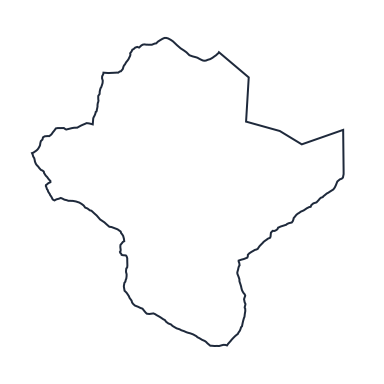 Samtse, Samchi, Bhutan, rotated 175°
{"feature_id": "84629894B59986753144737", "entity_name": "Samtse", "entity_type": "district", "adm_level": 2, "iso_a3": "BTN", "parent_name": "Bhutan", "parent_adm1": "Samchi", "projection": "mercator", "projection_center": [89.139, 26.92], "detail": "fine", "context": "isolated", "style": "outline", "palette": "slate", "viewbox_px": 384, "rotation_deg": 175, "n_neighbors": 0, "source": "geoboundaries", "source_scale": "gbopen_adm2", "svg_char_len": 5309}
<svg xmlns="http://www.w3.org/2000/svg" viewBox="0 0 384 384"><g transform="rotate(175 192 192)"><path d="M39.0,201.5L36.0,240.7L78.5,229.9L99.2,245.1L132.0,257.4L125.5,301.2L153.0,328.9L153.5,328.1L154.8,327.2L156.0,326.2L158.1,325.0L159.9,323.9L162.3,322.8L164.8,322.3L166.7,321.7L168.4,321.7L169.8,322.1L171.4,323.0L173.0,324.0L174.9,325.3L176.6,326.0L179.7,327.1L182.7,328.5L183.2,329.1L184.8,331.0L185.3,331.6L187.6,333.6L190.8,336.1L194.2,339.6L196.2,341.9L197.9,343.8L199.9,345.4L202.3,347.0L204.1,347.7L205.9,347.9L208.0,347.2L210.5,346.0L212.8,344.8L214.7,343.2L216.3,343.1L219.2,342.2L221.6,342.4L224.8,342.8L226.6,343.2L228.1,343.1L229.7,342.4L230.8,341.5L232.1,340.5L233.9,341.3L236.0,340.8L237.8,339.4L239.0,339.0L239.6,337.9L240.1,337.1L241.5,335.6L241.4,334.1L241.9,332.8L242.9,331.2L243.7,329.8L245.2,328.1L246.3,327.0L247.8,324.8L248.7,324.0L249.4,322.7L249.9,321.4L250.4,320.3L251.7,319.1L252.2,318.5L253.5,318.3L255.2,317.3L256.3,317.5L257.3,317.5L265.0,317.8L269.8,318.6L270.1,317.3L270.9,315.9L271.4,315.2L271.7,313.2L271.2,310.6L271.6,308.3L272.2,306.8L273.4,304.1L274.0,303.5L274.6,302.0L275.2,300.0L275.5,297.7L277.0,295.9L277.1,295.1L277.2,294.0L277.3,292.4L277.2,291.3L277.6,289.8L278.1,288.8L278.6,286.7L278.6,285.7L279.1,283.8L279.6,282.4L279.8,281.3L280.2,280.5L280.9,280.2L281.2,279.2L281.8,277.7L282.2,277.0L282.8,276.0L283.6,274.8L284.0,273.8L285.0,268.0L286.8,268.7L288.6,269.3L290.0,269.6L291.0,269.8L292.7,269.2L294.3,268.7L295.5,268.3L296.9,267.8L299.4,266.7L300.7,266.1L302.4,266.2L303.7,266.3L306.1,266.1L308.6,265.7L311.9,265.2L313.1,266.0L314.1,266.9L315.6,267.0L317.3,267.1L319.0,267.3L320.3,267.4L322.1,267.2L323.2,265.9L324.1,264.9L325.4,263.6L326.6,262.1L327.2,261.5L329.3,260.1L330.9,260.3L332.0,260.3L333.9,260.3L335.7,259.4L336.4,257.3L338.1,255.9L338.5,254.9L338.9,253.6L339.3,251.9L339.8,250.9L341.4,248.6L342.5,247.5L343.8,246.6L345.8,245.5L346.4,245.1L348.0,244.7L347.5,243.3L347.1,241.2L346.2,239.4L345.9,237.3L345.8,236.0L345.1,233.7L344.3,232.3L342.9,230.6L342.3,229.5L340.6,227.2L339.1,226.4L337.9,225.3L337.7,223.8L336.3,221.1L334.9,219.4L334.0,217.8L333.0,216.4L332.1,215.3L332.2,214.1L334.4,213.3L336.0,212.1L336.9,211.6L337.1,210.7L336.6,209.3L336.4,208.2L336.2,207.4L335.6,206.6L335.3,205.1L335.0,204.4L334.4,203.3L333.9,202.4L333.5,201.1L332.7,199.9L332.1,198.5L331.5,196.9L330.9,196.3L329.7,195.6L327.7,196.5L325.2,196.9L323.3,197.5L322.0,196.9L319.8,195.5L317.6,194.8L315.9,194.0L313.8,193.8L311.4,193.5L308.5,192.7L305.2,191.3L303.1,189.8L301.1,188.0L299.8,185.8L297.6,184.7L295.3,182.6L293.8,182.1L291.1,179.1L289.0,176.9L285.9,172.6L284.5,171.5L281.9,169.4L279.9,167.2L277.4,164.6L275.2,164.1L269.4,161.3L266.5,158.8L266.2,157.3L265.2,155.8L264.4,154.2L263.9,151.4L263.8,148.9L265.2,148.3L266.2,147.2L267.9,145.5L268.2,143.4L268.1,140.7L268.3,139.4L269.0,138.6L268.7,137.5L268.1,137.0L267.8,136.3L267.6,135.5L266.5,135.1L265.4,134.9L264.0,134.7L263.2,134.4L262.7,133.4L262.4,132.2L262.3,131.3L262.4,130.5L262.6,127.5L262.8,124.3L263.2,122.4L264.1,121.6L264.5,119.7L264.7,118.1L264.3,115.8L264.5,113.8L265.0,111.5L265.7,110.2L266.2,108.5L267.2,107.5L267.6,106.1L268.1,104.2L268.1,103.0L267.9,101.0L267.8,99.5L267.0,98.6L266.0,97.4L265.3,96.2L264.0,93.8L263.4,91.9L262.6,90.6L261.7,89.1L261.3,87.1L260.3,85.5L258.7,83.8L255.8,82.4L253.5,81.0L251.5,80.1L250.0,77.8L248.6,75.8L247.6,74.7L245.2,74.2L241.0,74.4L239.0,73.3L238.4,72.7L235.4,70.7L233.7,69.4L231.8,67.8L230.2,66.8L229.1,65.0L227.0,63.1L224.5,61.9L223.1,60.3L220.9,58.7L219.2,57.5L216.3,56.3L214.7,55.2L212.1,54.1L209.8,52.8L208.4,52.2L205.9,51.3L203.2,50.0L200.1,47.9L199.3,46.9L197.3,45.7L194.9,43.9L192.3,42.5L191.0,41.4L189.9,40.0L188.2,38.3L187.2,37.3L185.0,37.0L183.0,36.6L180.7,36.5L178.4,36.2L175.9,36.7L173.9,37.0L171.9,36.7L170.5,36.1L169.9,36.8L169.3,37.6L166.3,40.4L165.5,41.3L163.5,43.1L161.7,44.6L160.3,45.6L158.6,46.7L158.1,47.7L156.4,49.7L155.4,51.7L155.0,52.9L153.9,53.9L152.9,57.3L152.3,59.1L151.3,61.8L150.6,63.1L150.0,66.0L149.3,68.7L149.2,70.0L149.2,71.4L149.6,72.1L149.5,72.8L149.2,73.6L148.6,75.2L148.6,76.2L149.0,77.0L149.2,77.9L149.4,79.9L149.5,80.7L148.7,82.6L148.3,83.3L148.0,84.2L148.5,85.6L149.4,86.8L150.2,88.4L150.8,90.0L151.2,92.3L151.3,93.5L151.8,95.9L152.5,98.8L152.4,101.0L153.0,103.5L153.5,105.2L153.9,106.5L153.9,107.9L153.4,109.3L152.7,111.1L152.5,112.0L152.1,113.0L151.8,113.8L151.0,114.8L151.1,117.1L151.6,118.7L151.5,119.6L148.7,120.3L146.3,120.7L144.9,121.1L142.6,121.8L142.0,123.1L141.8,124.6L140.3,125.9L137.9,127.2L136.3,127.9L134.5,128.8L132.8,129.1L131.5,129.6L130.6,130.8L129.3,132.3L127.2,134.1L126.1,135.0L125.0,136.1L123.1,137.3L121.4,138.2L120.9,138.7L119.4,139.2L118.1,139.7L117.6,140.9L117.2,143.2L116.9,144.6L115.7,145.7L115.0,146.3L113.6,146.0L112.6,146.2L111.0,146.9L110.0,147.7L109.3,149.0L107.9,149.4L107.0,149.8L105.7,150.1L103.0,150.7L100.9,151.2L100.0,151.9L98.2,152.5L96.7,152.7L95.3,152.9L94.2,154.1L93.4,155.7L93.0,157.1L91.7,158.4L90.0,160.2L88.5,161.2L87.2,161.8L85.2,163.0L83.0,163.7L82.2,164.0L79.0,165.8L76.5,166.8L75.1,166.9L74.3,168.5L72.1,170.1L68.9,170.8L66.3,173.1L65.4,174.1L64.0,175.1L62.2,175.5L61.5,176.3L60.4,177.0L57.8,178.8L56.3,179.4L54.3,180.5L51.0,182.2L49.4,184.0L48.1,186.2L46.3,189.8L43.6,191.7L41.7,192.2L40.4,193.2L39.4,196.6L39.0,201.5Z" fill="none" stroke="#1e293b" stroke-width="2"/></g></svg>